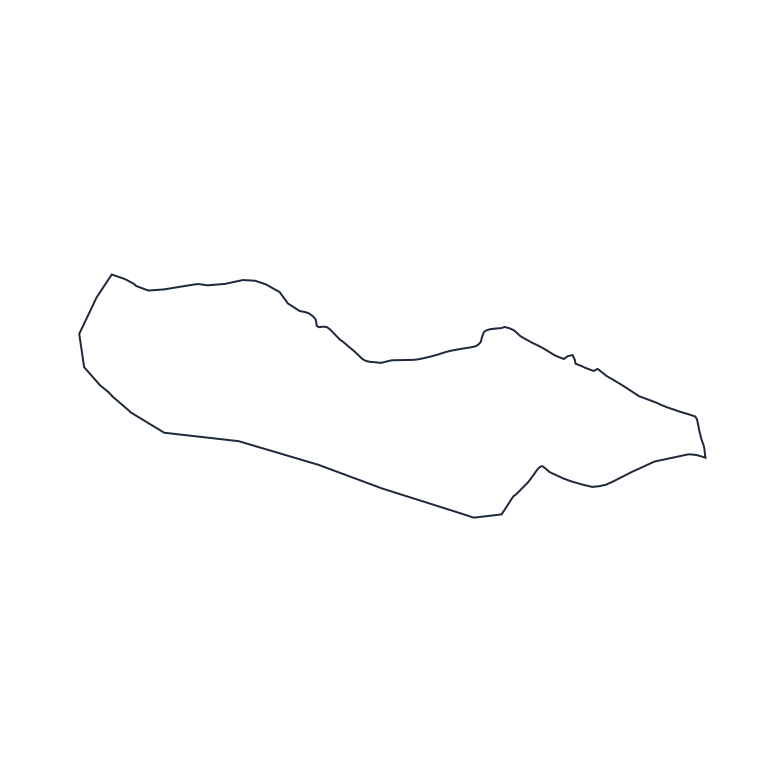 the district of Mukayras, Al Bayda', Yemen, rotated 54°
{"feature_id": "15242507B36585433603827", "entity_name": "Mukayras", "entity_type": "district", "adm_level": 2, "iso_a3": "YEM", "parent_name": "Yemen", "parent_adm1": "Al Bayda'", "projection": "natural_earth1", "projection_center": [45.819, 14.026], "detail": "fine", "context": "isolated", "style": "outline", "palette": "slate", "viewbox_px": 768, "rotation_deg": 54, "n_neighbors": 0, "source": "geoboundaries", "source_scale": "gbopen_adm2", "svg_char_len": 3861}
<svg xmlns="http://www.w3.org/2000/svg" viewBox="0 0 768 768"><g transform="rotate(54 384 384)"><path d="M632.6,167.3L627.5,164.5L624.4,162.7L621.0,161.3L617.6,160.4L617.0,160.2L614.2,159.3L610.5,157.7L606.8,156.3L603.4,154.6L600.2,153.2L597.4,151.9L596.7,151.6L593.2,151.3L588.5,154.7L586.7,156.0L584.7,157.6L582.9,159.0L581.1,160.3L579.4,161.6L577.8,162.7L576.4,163.6L575.9,163.9L574.3,165.1L572.8,166.2L571.2,167.3L569.6,168.4L567.6,169.7L565.4,171.1L563.8,172.1L562.4,172.9L561.7,173.2L560.1,174.1L543.8,184.8L537.0,187.4L530.7,189.8L524.8,192.1L518.6,194.7L507.2,199.7L506.3,199.7L503.3,200.6L499.7,201.6L497.3,202.3L496.7,206.6L495.5,207.5L495.2,207.7L493.4,208.9L491.7,210.0L490.1,211.1L488.3,212.2L486.2,213.3L484.4,214.4L483.3,215.1L482.2,215.8L480.2,217.1L476.5,215.4L471.5,214.4L469.5,218.8L469.5,223.8L467.7,225.0L465.8,226.2L464.1,227.3L462.5,228.2L460.7,229.1L459.0,229.9L457.3,230.6L455.4,231.4L455.2,231.5L453.6,232.1L451.8,232.9L449.7,233.8L447.8,234.6L445.8,235.6L443.4,236.8L441.8,237.7L439.9,238.7L437.7,239.9L435.4,241.0L435.1,241.1L433.2,242.0L431.3,242.9L429.6,243.7L427.2,244.8L425.6,245.5L417.0,247.3L413.0,249.5L408.8,252.8L408.4,254.2L407.5,256.5L407.1,257.4L406.2,258.7L405.1,260.5L404.9,260.9L404.0,262.4L403.0,264.2L402.0,266.1L401.3,268.0L400.8,269.9L400.6,271.9L401.3,273.8L402.8,275.8L403.9,277.5L405.2,278.9L405.3,279.1L406.5,280.5L407.3,282.6L407.5,284.6L407.5,286.6L406.9,288.6L406.1,290.6L405.3,292.4L404.2,294.5L403.2,296.4L403.2,296.5L402.2,298.3L401.7,299.4L401.2,300.3L400.6,301.6L400.1,302.6L399.0,304.8L398.2,306.7L397.1,308.7L396.1,311.1L395.3,313.0L394.4,315.2L393.7,317.5L393.0,319.6L392.8,320.1L392.4,321.3L392.4,321.5L391.6,323.9L390.8,326.0L390.0,328.0L389.2,330.1L388.3,332.3L387.4,334.5L386.6,336.3L385.7,338.5L384.7,340.4L383.8,342.4L383.4,343.2L382.6,344.6L381.5,346.4L369.5,363.6L368.0,367.0L365.5,373.2L365.2,374.0L363.5,375.8L363.3,376.1L362.9,376.5L359.6,380.2L358.5,381.6L358.4,381.7L358.1,382.0L357.0,383.0L356.4,383.6L355.5,384.4L353.9,385.5L351.8,386.5L350.0,387.0L348.0,387.3L346.1,387.7L343.8,388.1L342.1,388.4L340.4,388.7L338.5,389.2L336.7,389.6L335.1,390.1L334.8,390.1L332.7,390.7L330.9,391.1L330.5,391.2L329.1,391.5L327.0,392.0L325.2,392.5L323.3,393.2L322.3,393.6L319.7,393.9L317.3,394.3L312.6,394.9L308.1,395.6L304.7,396.6L303.6,397.6L302.2,399.0L301.0,401.0L299.9,403.0L299.7,403.4L297.8,404.1L297.8,403.9L295.9,403.5L295.5,403.3L293.6,402.2L291.1,401.3L287.0,401.8L283.0,403.1L281.2,404.3L279.7,405.3L276.7,408.1L275.7,409.0L275.5,409.3L272.7,410.4L270.8,411.1L262.4,414.4L261.1,414.4L253.0,414.4L252.9,414.4L249.0,414.4L248.2,414.4L246.0,415.4L245.6,415.6L245.3,415.8L241.4,417.6L239.8,418.3L237.8,419.2L233.8,421.1L230.3,423.6L229.2,424.4L226.8,426.1L224.6,427.7L220.6,432.6L217.0,437.0L212.8,446.4L212.2,447.8L209.6,453.8L206.1,459.5L202.2,465.9L200.5,468.7L197.0,472.3L195.1,474.3L193.7,475.8L190.9,481.1L188.4,486.1L187.1,488.5L187.0,488.9L185.8,491.2L183.6,495.6L180.2,502.3L178.3,506.2L169.8,519.8L159.0,526.9L156.4,527.3L156.2,527.4L152.4,529.2L149.5,530.6L146.7,532.0L135.4,539.9L144.6,564.5L145.0,565.6L158.4,590.2L164.3,601.1L194.1,616.7L218.0,614.5L228.6,611.7L235.1,610.9L256.3,605.8L257.4,605.9L294.2,590.5L316.9,565.7L329.3,552.1L331.4,549.9L332.8,548.3L336.3,544.5L344.8,535.2L363.5,520.9L372.7,513.8L379.7,508.4L383.3,505.7L407.4,487.2L410.9,484.5L445.4,461.6L445.8,461.3L463.4,449.6L467.2,447.1L482.8,435.6L507.0,417.7L523.2,405.8L523.7,405.4L545.0,389.8L558.6,365.5L552.0,348.3L550.9,345.5L550.9,341.7L548.2,325.3L545.7,317.2L543.6,311.1L542.9,308.1L542.9,305.8L543.6,304.2L546.2,303.3L552.8,301.7L560.3,297.5L565.6,294.6L572.6,289.9L582.7,282.0L589.6,276.1L593.0,270.3L595.9,263.8L596.1,262.9L597.7,254.9L601.0,234.0L601.5,232.0L605.4,212.3L605.7,210.8L619.7,179.3L621.7,176.7L625.3,172.8L628.6,170.2L632.6,167.3Z" fill="none" stroke="#1e293b" stroke-width="2"/></g></svg>